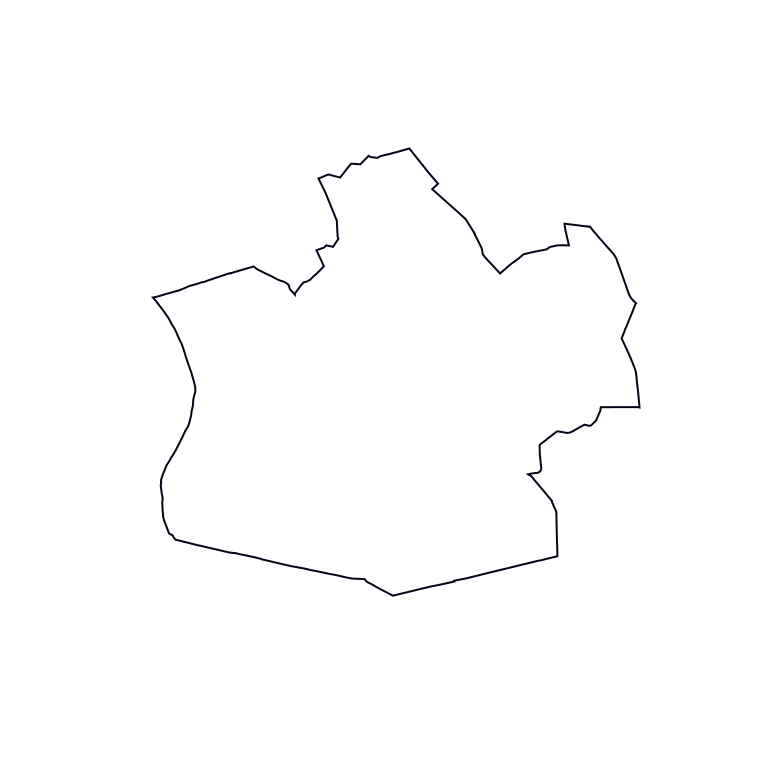 Vīpes pag., Krustpils, Latvia, rotated 34°
{"feature_id": "27541924B97352892903431", "entity_name": "Vīpes pag.", "entity_type": "district", "adm_level": 2, "iso_a3": "LVA", "parent_name": "Latvia", "parent_adm1": "Krustpils", "projection": "natural_earth1", "projection_center": [26.114, 56.47], "detail": "fine", "context": "isolated", "style": "outline", "palette": "ink", "viewbox_px": 768, "rotation_deg": 34, "n_neighbors": 0, "source": "geoboundaries", "source_scale": "gbopen_adm2", "svg_char_len": 5685}
<svg xmlns="http://www.w3.org/2000/svg" viewBox="0 0 768 768"><g transform="rotate(34 384 384)"><path d="M144.0,441.5L148.5,442.7L154.9,444.9L159.9,446.6L167.8,449.6L171.1,451.2L174.3,453.0L179.8,455.4L188.9,461.1L194.0,464.0L200.7,469.1L204.8,472.5L209.9,476.4L217.4,481.9L222.8,486.4L228.8,491.6L231.9,495.9L233.6,501.1L234.8,503.9L237.9,509.2L239.3,513.2L241.8,518.2L243.9,524.0L244.8,526.7L245.3,529.3L245.4,533.1L245.6,534.6L246.7,541.7L247.8,550.5L248.3,554.4L248.7,560.2L248.7,564.3L249.1,567.8L249.1,572.1L249.5,574.6L250.4,578.4L250.9,581.3L252.2,586.2L252.9,588.3L254.4,590.5L255.7,593.1L259.0,596.8L261.3,599.4L264.1,602.0L266.9,606.9L269.2,609.9L271.9,613.5L275.6,618.0L277.9,620.0L286.7,626.2L289.3,628.0L289.7,628.1L290.3,628.1L291.3,628.0L291.5,628.0L292.1,627.8L292.4,627.8L292.6,627.9L292.9,627.7L293.2,627.7L294.1,627.9L294.6,628.5L295.6,628.9L296.9,629.3L298.0,629.7L304.5,627.3L305.2,627.1L306.6,626.6L313.4,624.1L319.9,621.8L322.1,620.8L329.8,617.9L332.9,616.7L341.0,613.6L346.6,611.5L350.2,610.1L356.6,606.7L358.4,606.3L361.6,604.9L365.4,603.3L367.7,602.4L369.3,601.8L370.9,601.1L373.9,599.9L375.7,599.3L377.1,598.8L379.8,597.7L380.2,597.9L387.0,595.3L393.3,592.9L404.4,588.7L409.9,586.5L421.0,581.6L424.0,580.4L426.2,579.7L431.5,577.4L445.0,571.9L449.6,569.9L453.4,568.3L459.9,565.9L462.0,565.0L466.6,563.0L477.0,556.6L480.6,557.6L483.5,557.2L485.9,556.9L486.3,556.8L491.5,556.5L493.9,556.3L494.2,556.3L498.4,555.8L503.4,555.2L509.8,554.5L513.8,550.1L523.6,539.3L530.5,531.7L530.9,531.3L533.1,529.0L535.3,526.5L542.5,519.2L547.6,513.9L552.4,508.7L551.9,508.6L551.9,508.3L552.5,507.6L555.7,504.3L557.0,503.0L561.2,498.8L579.6,478.4L580.4,477.5L587.1,470.2L610.7,444.3L612.6,442.5L624.0,429.8L621.5,426.2L619.0,422.6L614.6,416.6L606.8,405.6L598.3,393.6L596.7,392.6L589.5,388.1L588.6,387.0L586.7,386.5L579.7,384.4L575.2,383.1L561.7,379.3L559.9,378.7L558.4,378.3L557.6,378.1L556.6,378.0L554.6,378.3L554.0,378.3L555.3,376.8L559.5,372.9L561.0,371.8L561.5,371.0L561.9,370.3L562.1,369.6L562.2,368.4L562.2,367.6L561.7,366.1L560.9,365.2L553.4,356.3L551.2,353.4L547.3,347.8L547.4,346.3L548.6,342.7L553.0,329.2L553.8,326.9L554.9,325.9L559.7,323.7L562.3,322.6L563.9,321.7L565.2,320.3L565.9,319.4L567.1,317.3L568.3,314.8L570.0,311.3L571.2,309.0L572.1,307.2L572.7,306.1L573.1,305.6L573.8,305.3L574.6,304.9L575.7,304.6L576.9,304.1L577.7,303.8L578.5,303.1L578.8,302.4L579.1,301.3L579.4,299.8L579.6,298.4L579.9,297.7L580.2,295.7L580.1,294.7L579.8,293.9L579.6,292.0L579.2,290.3L578.2,284.9L576.8,282.2L576.7,282.0L577.0,281.8L587.9,274.4L600.5,265.9L607.4,261.2L609.0,260.6L598.5,247.8L596.5,245.5L594.4,243.1L592.4,240.7L590.5,238.4L590.1,237.9L590.0,237.7L589.9,237.5L589.6,237.3L589.4,237.0L589.3,236.9L588.9,236.4L588.5,235.9L588.0,235.4L587.8,235.1L587.5,234.8L587.1,234.4L586.8,234.0L586.8,233.9L586.6,233.8L586.6,233.7L586.4,233.6L586.2,233.4L584.4,231.8L582.8,230.6L578.2,227.4L574.7,225.1L571.2,222.8L559.5,215.7L555.5,213.3L554.3,207.7L553.9,205.9L553.3,204.0L552.8,200.6L552.2,197.8L551.6,195.0L550.9,191.7L550.2,188.0L548.8,181.9L547.9,177.3L547.9,177.2L547.9,176.1L546.9,176.0L545.9,175.8L544.0,175.5L543.2,175.3L542.2,175.0L541.1,174.7L540.2,174.3L539.5,174.1L538.8,173.7L537.7,173.1L536.6,172.4L526.5,164.9L517.4,158.1L507.9,151.2L507.7,151.0L507.8,151.0L507.6,150.9L506.6,150.2L505.4,149.6L504.6,149.2L503.7,148.7L502.8,148.4L501.2,147.8L499.7,147.4L495.4,146.2L495.3,146.3L490.0,144.9L480.9,142.5L480.5,142.4L470.2,139.5L469.7,139.3L468.9,139.1L467.7,138.7L467.0,138.3L466.6,138.5L466.4,138.6L465.2,139.2L465.4,139.3L463.2,140.4L453.7,145.2L451.6,146.3L444.0,150.1L444.1,150.3L448.4,155.1L451.9,158.3L459.8,165.7L454.9,168.8L450.4,172.0L445.0,177.6L443.5,181.5L435.8,189.2L430.2,195.1L427.2,198.4L425.2,205.4L425.0,205.8L422.2,213.3L422.1,213.8L420.8,218.3L420.3,220.6L418.4,227.5L416.9,227.1L405.3,224.4L403.1,223.9L400.5,223.3L397.7,222.6L396.1,222.2L395.5,222.0L395.3,221.9L393.5,221.3L389.2,216.9L378.9,211.0L374.7,208.7L374.9,208.5L360.8,202.2L359.1,201.6L353.2,200.7L320.7,196.3L315.0,195.5L316.8,187.7L302.9,183.9L293.5,180.9L273.3,174.6L270.3,178.2L265.1,184.3L263.4,186.2L260.4,189.7L253.7,197.0L253.3,197.6L253.0,198.4L252.0,200.3L248.3,202.2L246.0,203.3L243.5,203.5L243.6,204.4L242.8,208.0L242.2,211.3L242.1,211.9L241.6,215.0L241.3,215.2L233.5,219.8L232.9,226.7L232.5,232.5L232.2,237.3L224.8,240.0L222.6,240.7L220.6,241.5L218.0,245.4L216.6,247.8L214.7,250.2L218.3,252.3L225.7,256.5L230.6,259.5L232.2,260.6L237.4,264.1L238.4,264.7L239.9,265.8L243.3,268.1L250.0,272.6L253.7,275.1L254.4,276.0L255.8,278.1L263.3,287.9L265.0,289.1L265.0,298.6L265.0,298.8L264.7,298.9L258.6,301.4L258.1,304.3L253.2,310.9L256.2,312.6L260.1,315.1L262.4,316.3L268.3,320.1L267.3,326.3L267.1,327.0L266.7,329.0L266.2,331.3L265.9,332.2L265.0,335.8L264.5,339.0L262.3,342.7L260.5,344.7L260.4,345.4L259.9,349.9L259.8,354.0L259.5,358.9L260.1,359.7L257.4,359.1L256.3,358.8L255.5,358.6L254.0,358.3L253.5,358.2L253.0,358.0L252.8,357.8L252.5,357.7L251.8,357.2L250.7,356.0L250.1,355.5L249.4,355.2L248.7,355.1L247.3,355.0L245.1,355.0L244.2,355.2L243.2,355.4L242.1,355.6L241.1,356.1L238.5,356.7L237.9,356.8L236.8,357.0L235.3,357.1L233.2,357.3L228.4,357.9L225.3,358.4L223.3,358.7L222.5,358.8L220.2,359.1L218.5,359.3L216.1,359.7L215.0,359.8L213.5,359.7L211.7,359.6L210.0,359.5L209.4,360.5L208.2,361.9L199.8,372.0L198.8,373.3L197.7,374.5L196.8,375.6L196.1,376.6L195.4,377.4L195.0,378.0L194.7,377.9L192.8,380.1L186.6,388.2L185.7,389.4L183.8,391.8L183.2,392.7L180.9,395.6L179.3,397.8L179.2,398.0L178.5,398.9L177.9,399.8L176.0,401.6L173.7,404.7L168.5,410.9L167.6,412.0L164.7,416.6L161.3,421.7L160.6,422.3L151.6,432.9L147.1,438.5L144.0,441.5Z" fill="none" stroke="#020617" stroke-width="2"/></g></svg>